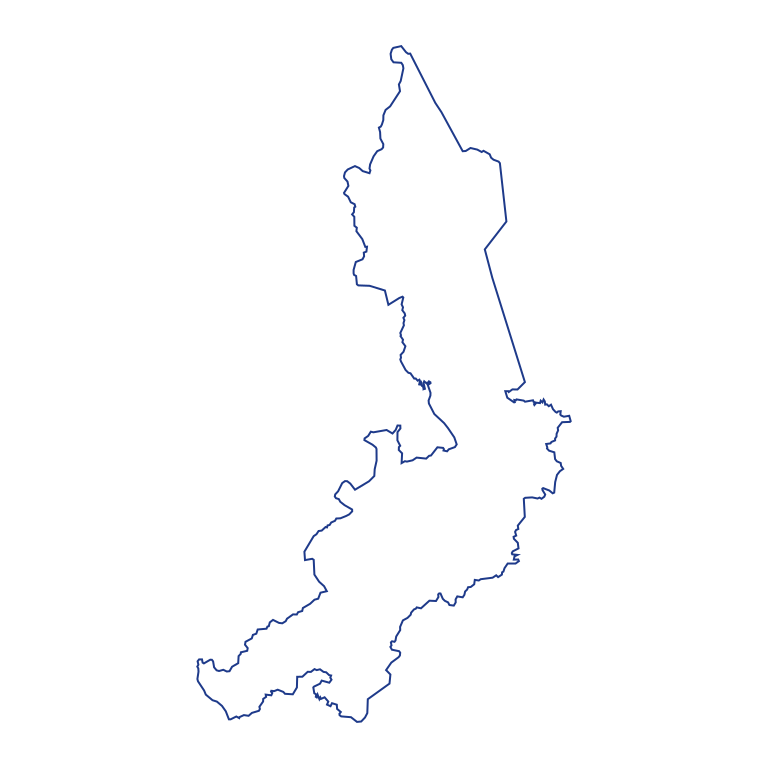 outline of Huehuetla, Hidalgo, Mexico
{"feature_id": "50627088B94198813487846", "entity_name": "Huehuetla", "entity_type": "district", "adm_level": 2, "iso_a3": "MEX", "parent_name": "Mexico", "parent_adm1": "Hidalgo", "projection": "natural_earth1", "projection_center": [-98.075, 20.532], "detail": "fine", "context": "isolated", "style": "outline", "palette": "blue", "viewbox_px": 768, "rotation_deg": 0, "n_neighbors": 0, "source": "geoboundaries", "source_scale": "gbopen_adm2", "svg_char_len": 6112}
<svg xmlns="http://www.w3.org/2000/svg" viewBox="0 0 768 768"><path d="M570.7,421.2L569.2,415.8L563.9,416.7L561.3,415.6L560.3,414.6L560.7,411.2L558.2,411.4L556.8,412.6L555.6,412.0L553.0,409.2L551.0,404.7L548.8,406.2L546.8,404.3L545.2,404.6L544.8,401.4L543.6,399.5L542.5,402.4L540.7,400.7L540.0,403.1L536.4,402.7L534.4,405.0L534.0,404.1L535.6,402.5L533.6,401.9L533.0,400.3L525.0,401.7L523.7,400.6L516.5,399.4L515.9,400.3L514.4,400.0L514.8,402.2L514.1,402.4L507.3,397.7L505.3,391.2L508.4,391.2L508.8,392.0L512.4,389.4L517.5,389.5L524.9,382.1L492.3,277.8L484.8,249.4L506.4,221.5L499.9,163.2L498.6,161.6L493.5,159.7L491.1,157.7L489.7,154.3L483.5,150.8L481.7,152.0L477.3,149.6L470.5,148.0L465.7,151.0L462.7,151.2L441.4,112.1L435.3,102.9L410.2,53.6L408.2,53.8L406.0,52.2L401.2,46.1L393.3,47.9L391.9,49.7L390.6,53.8L391.3,59.3L393.5,62.3L401.3,62.8L402.8,65.1L403.4,68.3L400.7,81.0L398.9,84.4L400.0,91.2L390.1,106.4L385.6,109.9L383.4,115.3L383.3,120.1L381.9,124.5L380.8,126.6L378.9,127.6L380.1,132.1L380.4,138.6L383.3,144.1L383.1,147.5L381.6,149.2L377.2,151.2L373.6,156.3L370.1,164.4L369.5,168.6L370.4,170.4L369.5,173.2L362.7,171.1L359.2,168.0L354.9,166.1L347.7,169.5L345.0,172.4L344.0,176.1L344.3,178.0L347.5,181.6L348.4,185.9L344.0,192.9L344.5,194.1L348.1,196.7L350.8,202.3L354.6,204.2L355.3,206.7L354.2,207.5L353.9,212.2L352.1,214.4L354.3,216.8L354.4,225.8L356.8,227.7L356.4,231.2L362.3,239.1L365.3,246.9L367.0,246.7L366.4,251.6L363.8,252.6L364.1,256.3L362.5,259.3L355.8,262.0L353.6,269.9L353.6,273.3L354.0,274.8L356.1,276.0L356.9,284.3L358.3,285.4L369.6,285.8L384.9,290.5L388.4,304.8L399.3,298.0L402.5,296.7L403.3,297.5L401.6,304.4L403.0,307.3L402.3,310.2L404.7,313.4L405.2,315.6L403.4,317.8L404.4,320.1L403.5,323.1L403.9,325.3L400.3,333.0L401.0,335.2L400.5,336.1L403.0,339.7L402.4,342.2L405.4,346.2L403.5,351.8L400.6,354.9L401.0,357.7L400.3,359.4L401.0,361.5L405.6,370.0L408.4,372.8L410.5,373.3L414.2,378.6L415.7,378.5L417.7,380.7L419.4,379.7L420.0,381.0L419.2,384.4L420.2,384.6L421.2,382.8L421.9,385.7L422.8,385.5L423.2,387.3L423.9,386.9L423.6,389.2L424.9,388.8L423.5,382.9L424.2,381.3L426.8,383.6L427.4,382.6L428.3,383.0L429.0,381.4L430.4,382.3L430.5,383.2L427.8,385.0L430.5,392.8L430.4,395.6L428.6,400.5L428.9,403.5L434.3,414.0L444.1,423.1L448.0,428.1L454.3,437.4L456.7,444.4L454.9,447.1L448.8,449.3L447.1,451.3L443.5,450.5L443.9,449.1L443.1,447.9L437.4,447.3L431.0,455.5L429.1,455.8L426.2,458.6L416.6,457.6L412.6,460.3L406.9,461.6L404.9,461.2L401.6,463.1L402.1,453.3L398.8,450.0L398.9,447.1L400.2,445.8L397.4,440.3L397.5,432.1L400.4,428.5L400.3,425.6L397.5,425.5L395.7,429.9L392.5,433.5L386.6,430.0L373.4,432.3L370.8,431.7L368.2,435.9L364.6,438.4L364.4,440.1L372.5,444.7L375.9,447.5L376.5,449.0L376.6,460.7L374.7,469.2L374.3,476.0L369.0,481.3L355.0,489.7L350.3,483.6L347.2,481.2L345.0,481.1L342.2,483.1L338.1,491.3L335.2,494.4L334.8,496.5L336.0,498.2L338.8,499.1L340.3,501.8L344.6,505.2L352.1,509.5L352.2,511.3L349.2,514.4L346.1,516.0L340.4,518.3L336.3,518.5L335.0,520.8L331.2,522.5L329.6,525.0L327.6,525.4L327.0,527.4L325.6,527.0L321.7,530.6L318.6,531.0L316.4,534.3L313.7,536.1L304.4,551.7L305.0,560.1L312.2,558.8L313.7,559.8L314.4,574.6L319.1,581.7L324.1,586.2L326.8,591.2L320.5,592.7L318.2,598.7L314.5,599.7L310.1,603.8L302.9,608.0L302.2,611.0L298.1,612.2L296.8,614.5L293.0,614.4L287.0,618.7L285.7,621.2L282.3,623.3L279.0,622.9L273.0,619.9L269.8,622.4L268.8,626.2L267.4,626.6L266.5,628.7L257.7,629.5L256.3,633.7L252.9,634.9L251.8,638.4L245.5,641.8L245.0,644.7L247.7,648.1L247.2,650.8L240.9,652.3L240.7,653.9L238.6,656.1L238.2,663.2L232.1,666.7L229.5,671.2L226.8,671.5L223.3,669.8L219.0,671.0L216.6,670.3L214.1,667.3L213.1,661.4L211.9,659.8L210.3,659.7L203.9,663.4L202.6,662.6L202.0,659.4L199.1,659.4L197.6,661.3L198.4,664.7L197.3,666.6L198.3,668.4L198.5,671.7L197.4,679.0L198.0,681.3L204.1,690.5L205.8,694.6L212.5,700.2L216.9,701.6L222.0,705.9L225.8,711.3L228.9,719.3L230.7,719.3L236.3,716.5L239.2,718.1L239.5,717.1L243.9,715.1L248.6,715.8L251.9,712.9L258.9,710.8L259.9,709.0L259.4,706.8L263.1,701.5L263.2,698.9L266.1,696.9L265.7,694.6L271.3,695.3L272.3,693.0L271.0,691.6L271.3,690.8L274.2,691.1L277.7,689.7L283.3,691.9L285.0,693.8L292.8,694.3L296.9,687.5L297.2,676.8L302.4,676.7L307.7,671.8L310.9,671.9L314.5,669.1L316.7,670.1L320.0,669.3L323.5,671.9L326.2,672.3L329.1,675.1L331.1,675.5L330.3,677.7L331.5,679.7L329.3,682.7L321.7,680.6L320.0,683.7L314.0,686.6L313.3,687.4L314.3,693.3L316.3,694.4L315.8,696.8L316.7,697.4L317.6,694.6L319.4,699.2L320.3,697.4L321.0,698.9L324.6,697.3L328.3,701.6L327.0,704.6L330.5,706.2L332.0,703.2L336.8,704.7L337.1,708.9L340.8,712.0L339.4,713.8L339.6,715.2L341.2,716.4L351.0,717.2L357.0,721.9L361.2,721.5L365.0,717.5L367.3,713.1L367.8,699.2L389.5,683.6L390.4,674.5L386.1,670.1L391.3,662.6L398.6,657.2L399.9,655.5L400.2,652.7L399.1,651.2L391.9,649.7L390.4,646.9L391.5,645.4L390.9,642.4L392.0,641.3L394.5,641.8L395.5,640.5L396.2,636.5L400.2,630.1L400.1,626.9L402.9,620.4L407.5,617.9L410.7,614.7L411.1,612.7L414.0,609.4L415.8,608.7L416.7,607.4L421.0,608.3L429.4,600.7L436.0,601.0L438.4,597.1L438.2,594.4L439.2,593.4L440.5,593.5L442.8,598.8L444.8,600.8L448.1,602.4L449.4,605.0L453.8,605.6L455.7,602.4L455.6,599.4L457.3,596.4L462.7,597.3L464.4,594.8L465.1,591.5L467.1,589.6L468.1,587.2L470.7,587.0L474.2,584.3L474.8,579.9L478.8,580.5L480.7,579.2L492.6,577.7L496.2,575.3L498.1,577.1L501.9,574.6L502.1,572.3L503.4,571.6L504.5,568.2L507.7,563.5L515.6,563.5L518.9,561.1L518.2,559.5L513.8,559.6L514.5,556.4L517.5,554.9L512.2,554.3L511.8,553.1L512.7,551.4L518.5,548.4L517.8,542.8L513.9,538.8L513.6,536.8L516.2,535.6L515.1,531.9L516.0,530.1L518.3,529.0L517.8,525.6L524.8,516.9L523.8,498.8L525.2,497.8L532.2,497.4L537.6,498.5L539.5,497.6L541.5,498.8L544.3,496.7L545.2,494.5L542.5,490.1L542.3,488.7L543.1,488.1L549.3,490.5L552.7,493.3L554.2,492.6L555.2,482.0L557.0,474.9L559.9,471.2L563.2,468.9L561.1,465.8L560.7,463.0L556.8,461.3L555.1,459.1L554.3,452.3L549.1,450.7L547.0,448.5L547.3,447.4L546.2,444.0L550.5,443.4L551.4,442.0L555.1,440.4L555.1,438.5L556.5,436.6L556.6,433.8L558.1,430.4L557.7,427.8L562.1,422.2L570.0,421.9L570.7,421.2Z" fill="none" stroke="#1e3a8a" stroke-width="2"/></svg>